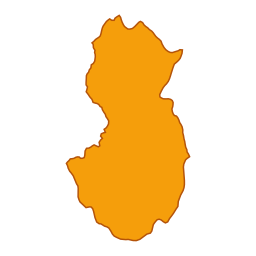 outline of Água Comprida, Minas Gerais, Brazil
{"feature_id": "56859067B41849798553988", "entity_name": "Água Comprida", "entity_type": "district", "adm_level": 2, "iso_a3": "BRA", "parent_name": "Brazil", "parent_adm1": "Minas Gerais", "projection": "equal_earth", "projection_center": [-48.089, -19.997], "detail": "fine", "context": "isolated", "style": "filled", "palette": "amber", "viewbox_px": 256, "rotation_deg": 0, "n_neighbors": 0, "source": "geoboundaries", "source_scale": "gbopen_adm2", "svg_char_len": 2751}
<svg xmlns="http://www.w3.org/2000/svg" viewBox="0 0 256 256"><path d="M189.6,156.7L188.4,154.0L187.1,152.0L186.8,149.6L185.7,147.2L185.1,144.0L184.7,141.4L184.0,138.9L183.5,135.7L182.7,132.6L182.8,130.0L182.1,126.8L180.9,124.4L179.7,122.6L178.9,120.1L177.8,117.8L176.5,116.1L174.4,115.5L173.2,113.9L172.4,111.7L171.9,109.0L172.7,106.7L173.0,104.6L173.1,102.5L172.3,100.6L170.7,99.4L168.5,98.8L165.8,98.9L163.2,98.8L161.3,97.9L159.9,96.9L159.7,94.6L161.4,90.9L163.2,87.6L164.8,85.5L166.5,83.8L168.3,81.3L169.5,78.7L170.5,75.7L171.2,73.3L171.9,71.1L172.9,67.9L174.3,64.1L176.7,62.1L178.6,60.3L180.1,58.4L180.9,56.5L182.0,53.4L182.4,49.9L179.9,49.7L178.2,50.8L176.1,51.4L173.9,52.1L172.3,52.6L170.1,52.4L167.9,51.3L165.8,49.7L164.0,47.5L162.1,44.1L161.0,41.1L159.1,39.2L157.6,38.1L155.8,36.4L154.4,34.5L153.3,32.9L151.8,31.2L149.3,29.5L147.7,27.8L145.9,26.6L144.1,25.0L142.6,22.6L140.4,21.4L138.8,22.3L137.0,24.2L134.7,26.6L132.4,28.5L129.7,29.1L127.8,29.0L126.3,27.9L124.5,26.5L123.3,24.6L122.1,22.1L121.3,19.9L120.6,17.4L119.2,15.4L116.9,16.8L115.0,18.2L114.1,20.3L111.7,20.3L109.7,18.9L108.3,19.9L106.4,21.5L104.7,23.9L103.2,26.0L102.3,28.1L101.6,30.8L101.0,33.6L100.2,36.0L98.8,37.3L97.1,38.4L95.5,39.5L94.0,41.2L92.0,42.9L93.2,44.3L93.4,47.7L95.0,50.4L94.6,52.4L95.2,54.5L95.3,56.8L95.0,59.1L94.7,61.2L93.3,63.5L91.3,64.8L90.9,67.9L89.3,69.9L88.6,72.2L87.2,73.8L86.4,75.7L86.3,78.8L86.1,82.4L86.1,84.9L87.5,86.9L86.9,89.6L86.2,91.8L88.2,94.4L89.9,97.0L92.0,99.4L93.1,102.4L95.3,103.1L97.1,103.5L98.8,104.5L100.1,106.5L101.8,107.4L102.4,109.7L103.8,112.1L105.3,114.3L106.0,116.7L107.3,118.5L108.7,120.9L108.5,124.0L107.2,126.5L105.9,128.1L104.1,129.3L105.4,132.4L103.7,132.8L101.3,133.8L100.6,136.1L102.4,138.4L100.6,140.0L99.1,142.3L99.8,145.8L98.3,146.8L96.5,146.0L94.1,144.9L92.3,145.9L90.9,147.0L88.9,148.1L86.5,148.3L85.1,151.0L84.8,155.3L84.2,157.6L82.4,158.3L80.5,158.3L79.2,157.0L77.4,156.9L75.8,157.3L74.1,158.3L72.2,158.7L70.3,158.9L69.0,160.6L67.6,161.9L66.4,163.4L67.5,165.6L68.2,168.2L69.7,171.2L71.0,172.7L73.2,175.7L76.6,183.9L77.9,185.9L78.2,188.3L78.1,196.9L79.0,199.7L80.0,201.9L86.0,207.6L89.5,206.9L91.1,207.0L92.7,208.7L93.6,211.4L95.0,217.6L96.7,222.0L99.1,223.7L101.0,223.9L104.5,226.1L107.0,226.9L108.8,228.0L110.8,231.0L112.4,234.0L114.1,236.0L116.3,237.2L120.5,239.1L125.8,239.6L128.2,239.4L133.1,240.5L136.3,240.6L139.9,239.3L146.9,234.1L150.4,233.1L151.8,231.0L153.3,224.7L154.3,223.1L155.9,221.1L157.2,219.7L159.1,219.2L161.3,220.0L163.3,221.7L165.4,222.9L167.7,221.9L169.5,218.6L171.5,216.0L173.4,213.4L176.1,209.0L177.9,206.4L178.3,201.4L180.6,195.2L183.1,190.5L184.0,187.6L184.4,184.6L184.4,180.5L183.4,167.0L183.8,164.0L185.6,159.8L187.3,158.3L189.6,156.7Z" fill="#f59e0b" stroke="#b45309" stroke-width="1.5"/></svg>